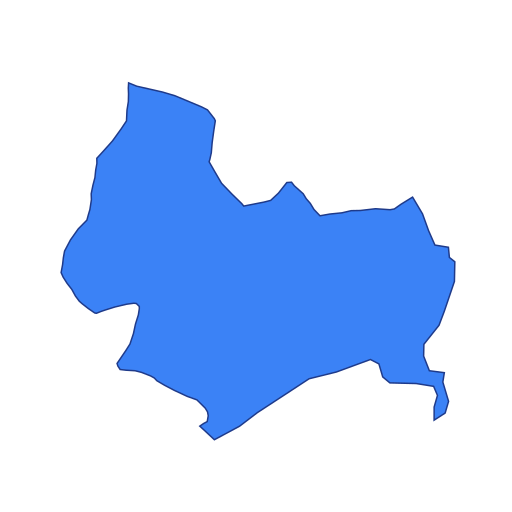 outline of Al-Kufa, An-Najaf, Iraq, rotated 260°
{"feature_id": "34846034B35255353982404", "entity_name": "Al-Kufa", "entity_type": "district", "adm_level": 2, "iso_a3": "IRQ", "parent_name": "Iraq", "parent_adm1": "An-Najaf", "projection": "albers", "projection_center": [44.484, 32.07], "detail": "fine", "context": "isolated", "style": "filled", "palette": "blue", "viewbox_px": 512, "rotation_deg": 260, "n_neighbors": 0, "source": "geoboundaries", "source_scale": "gbopen_adm2", "svg_char_len": 1831}
<svg xmlns="http://www.w3.org/2000/svg" viewBox="0 0 512 512"><g transform="rotate(260 256 256)"><path d="M293.5,68.1L287.8,66.0L281.0,64.0L273.5,61.2L268.7,62.4L261.9,65.2L255.1,68.8L248.0,71.2L242.2,74.1L239.2,76.5L233.4,81.7L227.9,87.3L227.3,88.9L228.3,93.7L229.0,98.2L230.3,108.2L231.0,120.2L230.7,127.5L230.0,129.9L226.6,132.3L224.2,131.9L218.4,129.9L209.9,125.5L200.8,121.8L191.2,116.6L185.5,111.4L174.3,100.5L171.5,100.9L167.8,102.5L166.1,108.2L164.0,117.0L161.3,123.0L156.2,131.4L153.5,134.7L150.4,136.7L144.6,143.5L137.8,152.3L129.7,163.9L124.6,172.8L115.0,179.6L110.9,181.2L106.9,181.2L101.4,179.2L100.1,175.2L98.2,171.1L88.2,178.7L82.3,183.1L91.3,210.4L101.5,230.1L114.0,259.3L125.9,287.0L127.8,315.0L134.2,350.7L128.4,358.3L114.9,359.8L107.8,365.8L102.6,391.6L96.8,408.3L87.2,410.5L76.3,405.2L63.4,402.9L68.5,415.0L79.4,420.4L99.4,418.1L108.4,421.2L112.9,406.8L128.3,403.7L139.9,406.0L156.0,424.2L168.8,431.8L196.5,447.0L215.8,450.8L221.0,446.2L231.2,447.0L235.7,434.1L251.2,430.3L254.2,429.8L268.6,427.3L286.6,420.5L286.8,420.4L281.8,407.8L278.3,400.4L278.3,396.1L281.8,381.9L282.7,366.6L284.1,357.6L283.6,348.1L284.5,336.0L284.5,326.0L291.7,321.2L298.4,318.6L303.7,315.4L309.1,313.3L318.5,305.9L322.5,303.8L323.0,299.1L314.0,289.0L308.2,280.1L307.7,273.2L307.3,252.6L310.0,251.1L321.1,243.1L333.6,234.7L346.6,229.9L356.9,226.2L359.1,227.3L365.4,229.9L375.2,232.5L386.8,236.2L396.2,239.4L398.5,238.8L408.3,233.6L412.3,228.3L427.9,204.0L433.7,192.4L437.7,182.9L443.9,168.1L448.6,160.6L443.5,159.4L437.7,158.6L430.2,157.1L422.1,154.3L411.5,151.9L408.5,149.0L404.7,145.4L394.2,134.6L385.7,123.8L379.9,116.2L374.8,115.4L368.3,113.0L361.2,111.0L354.0,107.7L345.9,104.5L340.1,103.7L330.6,100.5L325.8,98.1L320.7,95.7L313.6,85.7L304.1,76.1L294.2,68.4L293.5,68.1Z" fill="#3b82f6" stroke="#1e3a8a" stroke-width="1.5"/></g></svg>